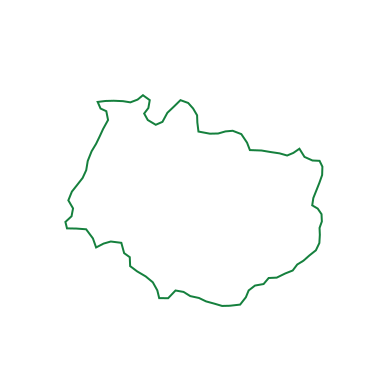 Rochedo de Minas, Minas Gerais, Brazil (orthographic projection), rotated 64°
{"feature_id": "56859067B75904994944192", "entity_name": "Rochedo de Minas", "entity_type": "district", "adm_level": 2, "iso_a3": "BRA", "parent_name": "Brazil", "parent_adm1": "Minas Gerais", "projection": "orthographic", "projection_center": [-43.032, -21.64], "detail": "fine", "context": "isolated", "style": "outline", "palette": "green", "viewbox_px": 384, "rotation_deg": 64, "n_neighbors": 0, "source": "geoboundaries", "source_scale": "gbopen_adm2", "svg_char_len": 1381}
<svg xmlns="http://www.w3.org/2000/svg" viewBox="0 0 384 384"><g transform="rotate(64 192 192)"><path d="M206.7,277.8L217.2,279.8L223.3,276.5L231.5,280.1L239.3,276.1L247.6,270.6L256.0,266.8L265.2,266.3L273.0,268.0L277.0,260.0L273.3,250.0L278.1,243.4L284.8,239.2L290.3,232.2L296.5,227.3L302.2,220.8L307.6,214.9L310.8,207.9L314.3,198.1L310.2,189.7L305.3,184.2L303.7,176.4L306.1,168.0L302.9,160.8L306.1,153.4L306.1,143.9L306.7,135.9L303.3,129.2L302.6,121.9L300.5,114.3L298.7,106.2L293.7,99.9L286.6,95.9L280.2,93.1L275.4,88.2L268.7,85.3L262.0,86.3L256.7,89.8L250.6,85.6L245.7,80.2L239.6,73.5L233.8,67.6L226.4,63.7L219.9,63.7L216.5,69.9L209.8,75.5L200.2,76.5L201.3,83.8L200.9,90.5L195.7,96.3L190.7,103.6L185.2,111.3L179.7,121.6L171.8,120.9L161.6,122.3L154.8,128.6L152.2,135.4L150.9,142.8L147.4,150.4L140.5,159.7L131.8,156.7L125.3,153.8L117.4,154.4L110.3,156.4L104.4,162.1L107.2,170.5L110.0,179.4L116.0,187.8L115.7,195.1L107.9,200.2L100.5,200.6L97.4,194.4L90.9,189.7L83.5,193.7L85.1,200.4L84.4,208.1L80.1,214.2L75.7,222.3L72.2,230.0L69.7,237.3L76.9,237.6L81.8,233.6L90.5,235.9L96.4,244.3L101.4,250.4L106.6,257.0L111.4,264.4L118.4,272.1L126.0,277.5L131.4,284.1L135.5,292.5L139.0,299.8L145.3,306.8L154.6,306.1L161.0,310.9L163.4,318.9L169.9,320.3L174.2,311.9L179.1,303.5L190.3,301.4L199.8,302.5L199.6,294.1L200.9,286.7L206.7,277.8Z" fill="none" stroke="#15803d" stroke-width="2"/></g></svg>